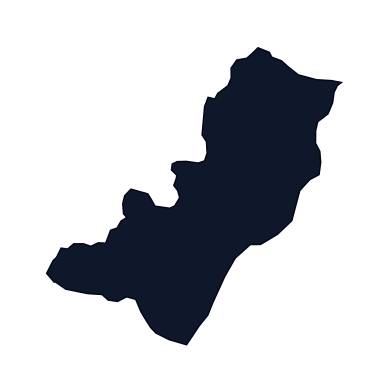 the district of Kalmar, Kalmar, Sweden, rotated 8°
{"feature_id": "70781695B81651026792808", "entity_name": "Kalmar", "entity_type": "district", "adm_level": 2, "iso_a3": "SWE", "parent_name": "Sweden", "parent_adm1": "Kalmar", "projection": "orthographic", "projection_center": [16.122, 56.719], "detail": "fine", "context": "isolated", "style": "filled", "palette": "ink", "viewbox_px": 384, "rotation_deg": 8, "n_neighbors": 0, "source": "geoboundaries", "source_scale": "gbopen_adm2", "svg_char_len": 1286}
<svg xmlns="http://www.w3.org/2000/svg" viewBox="0 0 384 384"><g transform="rotate(8 192 192)"><path d="M207.9,344.0L208.5,342.7L217.8,323.4L224.8,311.7L227.8,299.4L236.3,270.7L244.0,251.4L257.1,235.9L267.1,234.4L282.5,222.0L294.8,206.5L298.5,175.6L306.9,163.3L315.4,157.1L315.3,144.8L312.9,134.0L307.5,126.4L305.9,114.1L306.7,104.9L315.8,95.6L318.8,84.1L318.8,73.4L321.1,66.4L324.6,62.8L314.7,62.3L299.6,63.5L280.9,61.2L269.2,54.3L262.2,49.6L252.2,47.4L249.2,43.0L237.3,40.0L236.6,40.9L232.1,46.7L227.6,52.0L218.0,55.0L213.5,63.9L215.0,73.6L212.8,81.8L209.8,84.8L203.8,90.8L201.6,96.7L194.8,96.0L192.6,105.7L194.1,134.1L199.3,140.1L201.6,151.3L200.1,159.5L194.1,162.5L182.1,162.5L173.1,164.0L168.6,167.0L168.6,173.0L174.6,177.5L174.6,180.5L173.1,188.0L177.6,192.5L180.6,199.3L176.8,208.2L172.3,211.2L157.3,211.2L152.8,205.2L148.4,200.0L131.1,197.7L125.8,205.2L125.1,213.4L127.3,223.2L131.0,226.2L125.8,230.7L122.8,238.2L116.7,241.2L113.7,254.7L106.2,255.4L99.4,259.9L91.9,258.4L82.1,259.8L76.8,265.8L70.2,265.8L67.0,275.5L64.0,279.3L59.4,292.8L68.0,300.4L68.8,299.9L80.6,305.8L102.9,307.1L117.1,306.0L124.1,310.7L133.5,310.7L141.8,304.9L151.2,306.1L158.2,317.8L162.9,323.7L170.0,332.0L175.9,336.7L190.0,341.4L207.9,344.0Z" fill="#0f172a" stroke="#020617" stroke-width="1.5"/></g></svg>